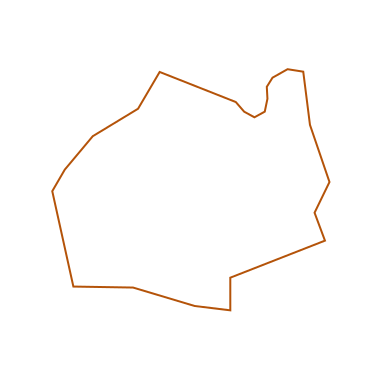 an SVG outline of Buhweju, rotated 344°
{"feature_id": "UGA-5624", "entity_name": "Buhweju", "entity_type": "District", "adm_level": 1, "iso_a3": "UGA", "parent_name": "Uganda", "parent_adm1": "", "projection": "natural_earth1", "projection_center": [30.364, -0.352], "detail": "fine", "context": "isolated", "style": "outline", "palette": "amber", "viewbox_px": 384, "rotation_deg": 344, "n_neighbors": 0, "source": "natural_earth", "source_scale": "10m", "svg_char_len": 448}
<svg xmlns="http://www.w3.org/2000/svg" viewBox="0 0 384 384"><g transform="rotate(344 192 192)"><path d="M194.0,67.7L258.9,117.6L264.3,129.2L272.6,137.4L284.1,134.8L290.2,123.2L292.9,111.5L300.9,104.3L317.7,100.3L332.1,107.0L323.9,160.0L326.9,220.3L304.1,245.7L306.4,275.4L205.2,284.9L196.2,316.3L163.1,302.3L109.0,267.6L51.9,250.2L57.9,152.7L75.9,135.4L112.0,111.0L163.1,97.1L194.0,67.7Z" fill="none" stroke="#b45309" stroke-width="2"/></g></svg>